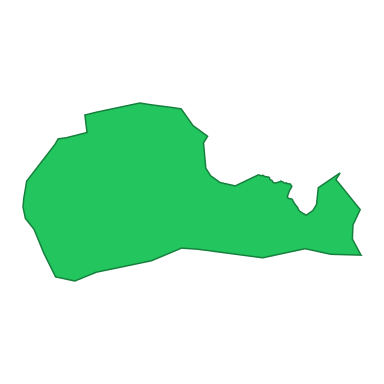 outline of Bayancogt, Töv, Mongolia
{"feature_id": "93677404B67645027022148", "entity_name": "Bayancogt", "entity_type": "district", "adm_level": 2, "iso_a3": "MNG", "parent_name": "Mongolia", "parent_adm1": "Töv", "projection": "natural_earth1", "projection_center": [106.234, 48.109], "detail": "fine", "context": "isolated", "style": "filled", "palette": "green", "viewbox_px": 384, "rotation_deg": 0, "n_neighbors": 0, "source": "geoboundaries", "source_scale": "gbopen_adm2", "svg_char_len": 2205}
<svg xmlns="http://www.w3.org/2000/svg" viewBox="0 0 384 384"><path d="M361.0,255.1L360.9,255.0L360.3,253.9L355.6,245.0L354.6,243.3L354.6,243.2L353.0,240.2L352.4,239.1L352.7,230.9L353.0,224.9L353.2,224.5L355.3,220.0L360.2,209.6L354.9,203.1L347.9,194.4L341.0,185.8L340.0,184.6L338.6,182.9L335.9,179.7L338.2,176.0L340.1,172.9L318.3,187.7L316.5,204.6L312.8,210.6L306.1,215.3L305.6,214.9L305.2,214.6L304.8,214.3L304.3,214.1L303.9,213.8L303.5,213.7L303.2,213.5L302.9,213.3L302.3,212.9L301.7,212.6L300.9,212.1L300.1,211.4L299.6,211.1L299.1,210.5L298.2,209.2L297.8,207.9L297.4,207.2L297.0,206.8L296.0,205.5L295.3,204.7L293.7,202.2L292.9,200.9L292.6,199.8L292.4,199.5L291.5,199.0L290.4,198.7L289.0,198.5L288.3,198.1L287.5,197.5L287.5,196.9L287.6,195.7L288.4,193.7L288.6,193.2L289.1,191.5L290.1,189.5L290.9,188.1L291.4,187.5L291.6,186.9L291.8,186.3L291.6,185.8L291.2,185.3L290.7,184.8L290.4,184.3L290.0,183.8L289.5,183.8L288.9,183.9L288.3,183.8L287.7,183.7L287.2,183.6L286.8,183.1L286.3,182.9L285.9,183.0L285.6,183.2L285.1,183.1L284.5,183.0L284.1,182.9L283.8,182.8L283.5,182.3L283.0,182.1L282.6,182.0L282.1,181.9L281.6,181.5L281.3,181.3L281.0,181.1L280.7,181.1L280.3,181.6L279.8,181.8L279.1,181.9L278.7,182.3L278.1,182.3L277.4,182.4L276.6,182.7L275.7,183.0L275.1,182.9L274.4,182.9L273.7,182.8L273.2,182.4L272.8,181.8L272.4,181.4L272.1,180.6L271.7,180.3L271.3,180.1L270.6,180.0L270.0,179.5L269.7,179.2L269.6,178.5L269.5,177.7L269.1,177.4L268.4,177.0L268.0,177.0L267.4,176.9L266.6,176.8L266.1,176.7L265.5,176.8L265.4,176.7L265.2,176.7L264.9,176.5L264.6,176.2L264.3,176.2L263.8,176.0L263.5,175.9L263.3,175.6L262.8,175.3L262.4,175.3L262.0,175.6L261.7,175.6L261.3,175.7L260.9,175.7L260.3,175.6L260.0,175.4L259.6,175.0L259.1,175.0L258.3,174.9L257.8,175.1L235.3,185.9L220.0,182.5L210.7,175.8L205.8,168.2L203.5,142.9L207.6,136.3L193.0,125.6L181.2,108.9L172.3,107.5L155.9,105.4L147.9,104.3L139.9,103.0L97.6,111.9L84.9,115.0L87.0,132.5L66.1,137.8L58.2,138.8L55.1,144.2L26.7,181.1L23.8,198.2L23.0,206.9L25.4,218.5L34.1,229.4L43.8,253.1L55.6,276.9L74.8,281.0L96.3,272.2L151.6,260.7L181.5,248.1L197.6,249.2L262.7,257.8L305.0,248.7L330.9,254.3L360.7,255.1L361.0,255.1Z" fill="#22c55e" stroke="#15803d" stroke-width="1.5"/></svg>